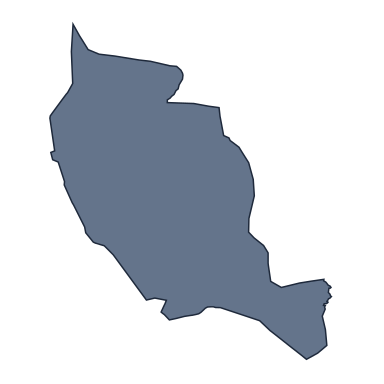 the district of Oji-River, Enugu, Nigeria, rotated 185°
{"feature_id": "59680162B15532351721986", "entity_name": "Oji-River", "entity_type": "district", "adm_level": 2, "iso_a3": "NGA", "parent_name": "Nigeria", "parent_adm1": "Enugu", "projection": "mercator", "projection_center": [7.259, 6.159], "detail": "fine", "context": "isolated", "style": "filled", "palette": "slate", "viewbox_px": 384, "rotation_deg": 185, "n_neighbors": 0, "source": "geoboundaries", "source_scale": "gbopen_adm2", "svg_char_len": 1805}
<svg xmlns="http://www.w3.org/2000/svg" viewBox="0 0 384 384"><g transform="rotate(185 192 192)"><path d="M203.4,62.6L196.9,64.6L188.5,67.5L181.9,69.1L181.2,69.2L177.2,70.4L175.0,71.2L174.8,71.2L172.6,72.9L168.6,77.4L166.5,78.8L163.9,79.2L160.8,79.5L160.7,79.5L158.4,79.0L153.7,79.3L128.4,73.3L113.4,69.7L102.2,60.8L91.3,53.7L81.0,46.9L69.0,39.1L63.4,35.3L52.8,42.4L47.4,47.8L44.3,50.9L47.1,66.5L51.4,79.7L49.1,87.0L49.9,88.9L49.9,89.0L49.3,90.5L51.1,90.5L50.6,92.2L48.4,92.6L47.4,93.3L46.9,94.1L48.1,94.7L48.1,94.8L47.2,96.2L46.7,97.6L45.6,98.0L44.0,100.0L45.1,100.8L45.6,102.2L47.4,103.8L47.3,106.3L47.2,108.1L46.0,108.2L45.2,109.0L46.1,110.2L48.3,111.1L48.4,111.3L50.7,113.8L53.1,115.0L53.0,116.5L64.9,113.7L66.9,113.2L76.9,110.7L91.4,105.8L94.7,104.7L105.8,109.8L109.5,125.4L110.0,127.8L110.5,133.7L110.9,138.0L116.0,144.9L126.2,151.7L132.1,156.9L133.0,170.5L132.3,175.3L131.4,181.3L129.6,193.6L132.1,209.9L138.1,226.1L145.7,236.1L149.1,240.7L158.5,246.6L159.9,249.1L165.4,251.0L170.5,269.2L170.6,269.4L172.4,278.4L174.0,278.5L182.7,278.9L197.9,280.3L224.4,278.9L224.6,281.7L222.1,283.5L220.5,285.7L218.4,287.6L216.8,291.6L214.8,293.5L214.2,297.6L212.7,300.7L211.3,303.6L211.2,307.6L211.8,309.5L213.7,312.4L216.1,314.2L218.3,315.8L225.1,315.8L244.9,318.6L256.3,318.9L263.2,319.4L280.7,320.7L296.6,321.2L305.7,324.1L307.9,324.8L314.1,333.1L317.6,337.7L325.1,348.7L324.4,321.4L320.3,289.7L324.6,280.1L325.8,278.5L329.7,272.2L337.8,258.9L339.8,255.5L340.0,253.2L332.4,221.0L336.1,219.1L333.6,212.0L327.9,210.2L319.9,191.3L319.9,187.9L310.4,170.9L308.8,168.7L295.9,147.8L294.3,142.1L286.0,133.5L283.9,132.7L274.7,130.8L265.0,122.6L238.7,92.6L228.0,80.4L219.8,83.1L208.1,81.9L209.1,78.5L210.2,75.6L212.3,69.7L210.6,68.5L208.9,67.5L203.4,62.6Z" fill="#64748b" stroke="#1e293b" stroke-width="1.5"/></g></svg>